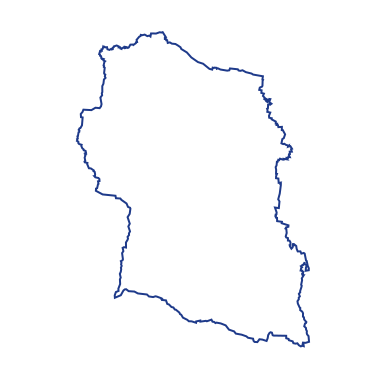 Lao Khwan, Kanchanaburi, Thailand, rotated 356°
{"feature_id": "78962969B77063732556274", "entity_name": "Lao Khwan", "entity_type": "district", "adm_level": 2, "iso_a3": "THA", "parent_name": "Thailand", "parent_adm1": "Kanchanaburi", "projection": "orthographic", "projection_center": [99.659, 14.592], "detail": "fine", "context": "isolated", "style": "outline", "palette": "blue", "viewbox_px": 384, "rotation_deg": 356, "n_neighbors": 0, "source": "geoboundaries", "source_scale": "gbopen_adm2", "svg_char_len": 5977}
<svg xmlns="http://www.w3.org/2000/svg" viewBox="0 0 384 384"><g transform="rotate(356 192 192)"><path d="M107.7,292.1L113.8,290.0L116.7,285.5L118.1,284.5L119.5,284.4L121.9,286.5L127.6,287.3L130.9,289.4L139.9,291.1L141.8,293.2L145.9,294.1L148.2,293.5L149.4,293.8L154.1,295.9L154.0,296.5L154.8,296.7L154.6,297.6L158.5,298.3L159.5,301.9L161.2,302.6L163.5,305.3L165.4,305.9L166.6,308.0L167.7,308.3L171.0,311.4L171.5,312.9L172.7,313.7L174.2,316.7L178.4,319.2L179.8,320.7L182.6,321.0L186.9,322.7L187.1,321.4L191.3,320.8L191.3,321.9L196.9,321.5L197.8,322.0L202.5,320.7L203.4,322.8L204.9,323.1L206.3,324.4L207.3,324.0L211.5,325.1L216.3,327.4L219.3,331.9L224.3,334.0L225.8,336.3L231.6,337.8L236.2,339.8L237.7,341.3L242.7,342.6L243.0,344.7L243.9,345.9L246.7,346.3L249.0,343.6L251.8,344.1L256.0,345.8L257.3,343.1L258.0,340.1L259.5,338.0L260.6,337.4L261.9,337.9L262.5,340.5L263.3,340.9L275.9,342.0L275.8,344.5L278.1,345.3L278.3,346.6L282.0,348.0L282.6,349.9L284.8,350.5L286.6,350.3L287.9,352.3L289.8,353.6L291.4,353.1L292.7,353.6L292.6,352.0L291.7,351.8L292.2,350.0L294.7,350.4L298.3,349.6L298.2,343.9L296.9,342.1L296.6,340.6L296.9,338.8L296.2,337.2L296.2,335.6L294.6,333.8L295.6,331.0L296.5,330.7L297.0,329.7L295.0,327.0L294.9,324.8L294.0,324.1L294.3,320.7L293.6,319.0L291.7,317.4L291.9,315.2L291.4,314.9L289.8,310.7L289.6,308.3L291.1,306.4L291.1,304.9L292.3,303.6L291.5,301.1L293.0,299.5L292.9,298.5L294.6,294.3L294.9,293.1L294.4,292.2L295.7,287.6L295.5,285.8L297.6,282.9L296.9,282.9L297.0,281.9L296.2,281.9L296.2,281.2L297.0,281.2L297.4,279.5L296.4,278.8L296.5,278.2L294.9,277.9L295.8,274.9L296.3,274.8L295.5,273.6L297.2,272.9L297.0,272.6L298.3,271.9L299.5,269.9L299.4,272.0L301.6,273.0L300.4,275.3L299.9,278.5L303.0,278.2L303.2,276.2L302.3,273.8L301.6,268.8L301.0,268.4L300.1,261.3L299.2,260.6L296.8,261.1L296.0,258.8L293.3,258.6L292.4,255.9L292.2,253.1L290.9,251.9L290.3,252.2L289.9,251.0L289.1,251.0L288.5,254.3L287.2,255.5L285.9,253.0L285.7,251.8L286.5,251.6L286.7,249.1L285.9,247.4L284.3,247.1L284.5,244.7L282.8,243.9L282.4,242.8L283.6,239.5L283.5,235.5L282.7,235.0L283.5,233.8L285.7,233.4L285.9,232.0L279.3,229.4L279.6,228.0L274.9,227.0L275.0,223.8L274.2,223.7L273.5,222.1L273.6,221.4L274.1,221.4L274.0,220.3L274.7,220.1L275.0,218.3L273.7,213.3L277.5,214.1L278.6,207.5L277.5,205.3L279.4,199.8L281.1,191.3L281.2,190.1L280.7,190.0L281.2,188.8L279.1,188.9L279.1,184.6L276.8,184.1L277.0,182.0L278.0,179.9L277.1,179.7L277.5,175.8L277.2,173.0L278.2,171.4L278.8,167.8L279.5,167.9L280.3,165.9L281.2,166.3L282.1,164.9L284.8,166.0L285.6,166.1L285.6,165.3L288.9,166.0L288.4,165.4L288.6,164.5L290.1,164.9L290.5,163.7L292.0,164.0L291.2,161.8L291.4,161.1L292.3,161.0L292.3,158.6L294.4,158.7L293.8,156.3L294.8,155.9L293.3,153.1L291.6,153.4L291.8,152.6L291.0,153.1L291.2,152.3L289.3,151.7L287.4,150.3L286.3,150.6L284.6,149.7L285.8,145.5L287.3,144.7L288.9,141.0L286.9,136.6L285.9,136.5L286.2,133.3L282.7,133.3L282.4,131.3L281.1,131.1L281.6,129.8L280.3,129.6L280.5,127.6L276.5,125.1L276.7,124.0L274.2,123.3L274.1,121.4L275.6,118.2L272.7,117.3L273.1,115.4L272.7,114.2L273.6,113.7L274.0,110.1L275.8,109.5L276.1,110.3L277.4,109.5L275.3,107.6L276.6,104.8L275.7,104.6L275.3,105.8L274.7,105.4L273.4,107.4L272.5,106.7L273.6,105.1L272.9,104.6L272.1,105.6L270.6,104.3L271.4,103.5L269.5,101.1L270.6,98.9L268.1,98.0L268.5,95.4L266.2,94.8L266.9,92.6L269.3,91.7L269.7,90.9L270.2,86.0L270.7,85.1L270.1,84.7L270.8,81.5L261.1,79.1L259.7,78.0L254.1,76.2L250.9,74.1L248.6,74.5L246.9,74.0L246.3,72.8L238.5,71.4L237.7,73.2L235.6,73.4L228.9,71.8L226.4,70.4L225.3,70.8L225.0,69.8L223.0,69.5L222.5,69.8L221.3,69.4L220.7,71.3L218.0,70.4L212.0,64.8L207.0,62.8L200.7,57.7L196.6,52.4L191.3,48.6L190.6,46.8L188.1,44.8L185.8,43.2L182.3,42.6L180.3,41.2L178.2,41.6L177.8,38.9L176.9,38.8L176.9,37.8L175.6,37.5L175.7,36.0L176.7,35.7L173.9,30.5L172.7,30.8L170.9,30.4L167.3,31.4L162.2,31.0L161.4,34.0L160.3,33.0L158.3,33.4L155.8,31.7L153.3,32.1L151.9,31.7L151.6,32.8L150.2,33.4L147.3,36.4L147.7,38.6L146.5,38.8L146.4,39.6L143.8,41.2L143.6,40.8L140.8,40.7L139.0,43.4L138.0,43.8L137.5,43.3L136.2,43.6L136.4,42.8L134.8,42.4L134.4,43.5L133.7,43.0L132.5,43.8L131.3,43.6L131.3,44.2L130.5,43.8L130.4,42.7L128.9,42.6L129.1,41.7L127.1,40.6L124.2,41.3L124.0,42.1L123.1,42.5L122.9,44.0L122.3,44.1L122.2,43.7L121.8,44.1L121.3,43.6L119.6,44.5L117.6,43.7L117.3,41.6L115.8,41.7L114.8,41.0L114.3,41.4L113.6,40.7L112.8,43.1L111.6,43.4L111.9,44.8L110.4,44.8L110.5,45.5L110.0,45.4L109.0,48.0L109.7,48.4L109.9,49.2L110.4,48.8L109.9,49.6L110.8,50.2L110.9,52.3L112.9,53.1L112.5,53.4L113.2,53.6L112.9,54.6L114.4,55.5L113.7,56.1L112.6,59.7L113.1,60.2L112.8,61.2L113.6,61.9L112.6,67.3L113.0,68.3L113.7,68.8L113.1,70.6L113.7,72.1L112.0,73.6L111.2,77.8L109.9,80.1L109.5,86.1L108.9,87.2L109.1,89.2L107.2,91.4L107.9,98.0L107.2,100.2L105.7,101.9L101.6,101.2L97.4,103.3L89.4,102.3L88.4,104.5L86.5,106.4L86.5,109.6L88.1,110.0L86.9,117.8L85.1,120.5L84.3,120.6L83.3,122.1L84.0,123.0L83.7,124.2L83.0,124.5L82.1,128.3L81.6,128.5L81.8,130.6L81.0,131.2L81.3,132.2L80.8,133.0L82.2,134.2L82.1,135.5L82.8,136.3L85.2,137.2L84.8,138.4L85.6,140.7L86.9,142.0L86.9,142.8L88.7,143.6L89.0,145.4L88.0,145.9L88.9,146.8L87.9,147.6L88.2,148.2L87.3,150.2L87.7,153.4L86.9,154.1L87.1,154.9L89.7,155.7L89.4,156.9L90.8,161.1L92.7,161.4L95.5,163.6L95.2,164.3L96.3,165.1L96.6,167.5L96.3,169.4L95.7,169.4L96.6,170.6L99.6,171.5L100.5,172.6L100.5,174.6L99.0,174.8L99.3,177.3L98.8,177.6L97.6,181.6L96.5,181.9L96.2,184.1L102.7,188.2L115.4,190.4L115.7,192.9L120.1,193.5L121.0,194.9L125.9,198.9L127.1,202.4L129.1,203.4L129.4,204.3L128.3,209.5L126.0,212.6L127.7,219.3L126.1,221.9L127.4,227.0L126.2,228.9L126.2,230.5L124.6,232.3L124.9,234.0L124.4,235.2L122.6,237.7L122.3,242.8L120.3,242.3L118.9,242.9L119.4,246.2L118.0,248.1L118.4,254.3L117.9,255.3L116.2,256.0L116.7,257.8L116.2,259.2L116.7,260.8L115.8,262.6L116.0,264.0L115.4,266.6L114.3,268.7L114.9,272.4L114.0,274.1L113.9,278.8L111.8,283.3L111.8,285.6L109.1,286.5L107.7,289.7L107.7,292.1Z" fill="none" stroke="#1e3a8a" stroke-width="2"/></g></svg>